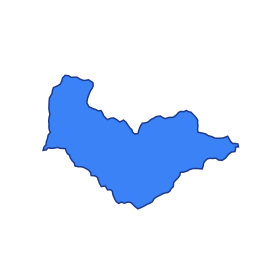 outline of Coronel Fabriciano, Minas Gerais, Brazil, rotated 327°
{"feature_id": "56859067B5591218375220", "entity_name": "Coronel Fabriciano", "entity_type": "district", "adm_level": 2, "iso_a3": "BRA", "parent_name": "Brazil", "parent_adm1": "Minas Gerais", "projection": "orthographic", "projection_center": [-42.686, -19.44], "detail": "fine", "context": "isolated", "style": "filled", "palette": "blue", "viewbox_px": 256, "rotation_deg": 327, "n_neighbors": 0, "source": "geoboundaries", "source_scale": "gbopen_adm2", "svg_char_len": 2333}
<svg xmlns="http://www.w3.org/2000/svg" viewBox="0 0 256 256"><g transform="rotate(327 128 128)"><path d="M134.0,201.9L136.6,198.6L139.6,197.7L142.7,197.1L145.6,196.0L147.8,193.6L150.6,195.3L154.7,196.4L157.1,196.4L160.7,197.5L164.3,199.9L168.0,202.8L170.6,200.5L172.4,198.5L174.8,197.6L177.9,197.1L180.1,198.0L182.6,199.8L185.3,201.2L186.4,204.1L189.3,206.4L193.1,206.4L198.3,204.7L201.6,204.6L204.9,206.0L206.6,204.4L207.8,202.5L210.4,204.0L211.4,201.2L209.4,199.3L207.2,197.9L206.7,194.7L207.1,189.2L202.1,188.1L198.5,186.0L195.5,184.0L193.6,180.9L191.1,178.1L190.0,175.3L187.6,172.8L184.5,169.8L185.2,167.6L187.6,164.6L189.2,161.5L190.7,159.5L190.8,156.6L190.2,153.1L189.4,149.0L187.6,147.3L186.5,145.1L183.7,144.7L181.2,142.8L178.9,142.5L175.7,143.4L171.9,143.7L168.2,141.5L164.3,140.4L162.8,138.2L161.6,135.5L158.1,133.9L155.3,133.7L151.9,133.4L147.9,133.9L145.3,133.1L142.5,131.8L139.5,133.1L137.6,134.5L135.2,136.3L133.4,138.1L130.2,136.6L129.6,134.0L130.3,131.5L129.6,128.8L129.5,125.5L129.5,122.0L128.5,118.9L124.3,118.5L123.3,115.4L121.4,111.7L118.3,110.2L115.3,109.8L114.7,107.3L114.2,104.7L114.7,102.3L114.9,98.7L112.3,97.4L111.0,94.9L108.6,91.9L106.8,88.8L107.2,84.5L109.6,81.6L111.7,79.9L114.6,77.8L117.2,76.1L119.4,75.3L121.8,73.6L123.3,70.7L121.1,66.0L118.2,64.9L116.3,63.6L114.3,60.7L112.9,57.6L110.7,56.2L108.0,54.6L106.6,51.7L103.9,49.6L100.5,50.3L97.8,52.7L95.2,54.3L92.3,54.3L90.1,54.0L87.5,53.6L85.2,55.2L83.2,57.6L80.8,58.9L78.4,60.1L76.1,63.1L74.6,65.2L72.3,68.5L70.9,71.5L70.0,73.8L67.2,76.6L65.1,79.2L64.1,81.4L62.3,83.9L60.9,86.7L60.6,89.3L57.2,90.5L54.1,93.5L51.9,95.2L50.2,97.3L47.2,98.2L44.6,100.5L47.5,101.8L50.3,101.1L52.0,102.8L54.8,104.5L58.3,105.9L60.1,108.1L61.9,109.5L64.3,111.1L63.5,114.1L63.2,116.6L64.1,118.8L63.3,121.9L63.3,125.1L63.9,128.0L62.9,131.1L65.0,133.2L67.7,135.1L69.3,136.8L70.6,139.0L72.1,141.9L72.4,145.1L71.2,147.8L74.3,150.2L75.5,152.7L74.7,155.6L74.0,158.7L73.7,162.6L77.4,164.3L77.1,168.7L79.8,170.3L80.4,172.5L78.9,176.1L78.2,180.1L78.0,183.2L79.1,186.2L81.9,186.4L84.0,189.1L87.6,190.0L89.8,192.1L90.5,194.9L91.2,198.1L92.3,201.2L94.5,201.6L97.7,202.1L100.1,202.3L102.5,202.4L105.5,203.0L108.5,203.0L110.9,201.6L114.1,201.3L116.5,201.6L119.3,201.9L123.2,202.4L126.3,203.8L128.8,203.7L131.1,202.4L134.0,201.9Z" fill="#3b82f6" stroke="#1e3a8a" stroke-width="1.5"/></g></svg>